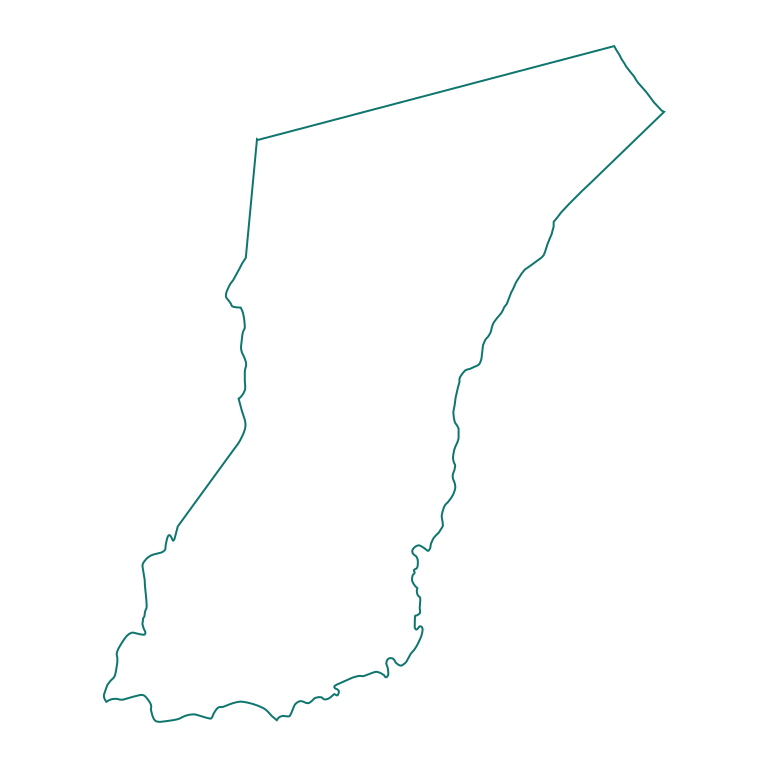 outline of Concepcion del Sur, Santa Bárbara, Honduras
{"feature_id": "27666195B6871668966766", "entity_name": "Concepcion del Sur", "entity_type": "district", "adm_level": 2, "iso_a3": "HND", "parent_name": "Honduras", "parent_adm1": "Santa Bárbara", "projection": "robinson", "projection_center": [-88.156, 14.821], "detail": "fine", "context": "isolated", "style": "outline", "palette": "teal", "viewbox_px": 768, "rotation_deg": 0, "n_neighbors": 0, "source": "geoboundaries", "source_scale": "gbopen_adm2", "svg_char_len": 6115}
<svg xmlns="http://www.w3.org/2000/svg" viewBox="0 0 768 768"><path d="M257.0,139.2L245.8,257.8L242.2,263.3L239.4,268.8L233.2,280.1L230.7,283.3L229.5,285.3L226.9,290.9L226.2,293.3L225.9,295.2L226.0,296.7L226.4,297.8L228.6,300.5L230.6,303.3L231.1,304.2L231.5,305.4L232.1,306.2L233.7,306.9L236.9,307.4L240.7,307.6L242.0,310.3L242.9,312.6L244.1,318.5L244.7,324.5L244.8,327.6L244.6,328.6L243.5,330.6L242.5,333.8L241.1,345.8L241.0,347.3L241.2,349.6L241.8,352.1L242.5,353.7L243.8,356.4L244.8,358.7L245.8,361.8L246.1,363.7L246.1,365.8L245.1,369.4L244.8,371.8L244.8,381.1L245.2,386.1L245.2,388.0L245.1,389.4L244.6,390.8L243.2,393.8L240.9,396.8L239.7,397.9L238.6,398.6L241.8,410.6L244.5,418.8L245.1,421.0L245.4,423.4L245.5,425.4L245.3,427.3L244.8,429.6L243.2,434.1L240.0,440.6L238.1,443.7L234.2,448.9L177.8,526.4L174.5,538.9L173.9,540.0L173.2,540.6L172.8,540.4L171.1,536.9L170.3,535.6L169.4,535.1L168.6,535.4L167.9,536.4L167.1,538.5L165.7,544.9L165.4,548.7L165.1,549.6L164.4,550.6L163.1,551.6L161.4,552.5L153.2,554.6L151.3,555.3L149.6,556.3L147.8,557.5L146.5,558.7L144.6,561.0L143.2,563.0L142.6,564.6L142.5,566.5L144.7,580.0L144.9,585.3L146.3,599.2L146.7,606.1L146.5,608.1L145.5,610.3L145.0,611.8L144.4,616.3L144.0,617.1L143.2,618.2L143.0,618.8L142.9,620.7L142.4,623.9L142.6,624.8L143.6,628.3L145.3,631.9L145.4,632.7L145.3,633.5L144.8,634.4L143.8,634.8L140.3,634.3L133.5,632.7L132.3,632.6L131.2,632.9L129.1,634.0L127.2,635.5L125.4,637.6L123.0,641.0L120.3,645.3L118.7,648.1L117.6,650.4L116.9,652.6L116.7,654.7L117.4,658.1L117.3,662.6L116.0,670.8L115.0,675.4L114.3,676.7L113.5,677.9L110.3,681.0L107.5,684.8L106.0,688.6L103.9,694.9L103.9,696.5L104.3,698.2L105.2,700.1L106.3,701.8L109.2,700.1L111.1,699.4L112.8,699.0L115.8,698.8L117.6,699.0L120.3,699.7L122.4,699.7L123.9,699.4L132.9,696.8L140.1,695.0L142.0,694.9L143.7,695.3L145.1,696.3L146.8,698.1L148.8,700.8L150.1,702.8L150.9,704.7L151.2,706.2L151.2,707.2L150.9,708.9L151.1,710.6L152.2,714.9L153.1,717.4L154.1,719.4L154.9,720.4L156.0,721.2L157.6,721.7L160.0,721.9L164.4,721.4L172.9,720.2L177.4,719.3L179.7,718.5L183.0,716.8L185.4,715.8L189.1,714.8L192.3,714.4L194.5,714.4L196.3,714.7L205.1,717.4L210.0,718.6L210.8,718.6L211.3,718.2L212.1,717.3L213.5,713.9L215.4,710.7L216.9,708.7L218.5,707.4L219.7,707.0L221.6,707.1L223.0,706.9L229.4,704.4L233.1,703.1L237.0,702.1L240.7,701.6L242.8,701.8L246.6,702.4L252.7,703.9L258.2,705.8L262.7,707.8L264.6,708.9L266.5,710.3L267.9,711.7L271.7,715.9L276.8,720.2L277.6,718.9L278.8,717.6L279.7,716.9L281.1,716.4L282.8,715.9L287.7,716.4L288.9,716.4L289.7,716.0L291.2,713.3L294.1,706.1L294.8,704.8L295.5,703.9L296.4,703.1L297.9,702.0L299.3,701.4L300.2,701.1L301.4,701.2L303.3,701.7L306.3,703.0L308.2,703.2L309.4,702.8L311.1,701.6L312.2,700.6L314.5,698.3L316.4,697.6L318.8,697.1L321.1,697.3L322.1,697.6L323.0,698.6L323.6,699.1L324.8,699.4L325.9,699.4L327.8,698.9L329.5,698.0L331.0,696.9L333.1,695.0L334.3,694.1L336.9,695.4L337.5,695.3L338.0,694.7L338.6,693.4L338.8,692.1L338.8,691.0L338.4,690.3L337.3,689.4L336.6,689.0L335.5,688.6L334.8,688.1L334.3,687.0L334.5,686.1L335.3,685.5L336.6,684.7L352.1,677.8L354.8,676.9L358.5,676.0L360.3,675.9L362.5,676.2L363.9,676.0L374.4,672.1L376.2,671.8L378.2,672.1L380.9,673.2L384.1,675.2L384.5,675.7L384.8,676.5L385.3,677.0L385.9,677.3L386.7,677.1L387.4,676.4L388.0,675.4L388.3,674.2L388.3,672.6L387.9,669.0L387.5,667.1L386.5,664.4L386.3,663.5L386.4,662.6L386.7,661.2L387.2,660.0L388.0,659.1L388.9,658.5L389.9,658.1L390.9,658.1L392.1,658.3L393.0,658.7L394.1,659.7L395.4,662.0L396.2,663.0L398.3,664.7L400.3,665.6L401.3,665.6L402.8,664.8L404.5,663.6L405.9,662.3L406.5,661.5L410.5,654.2L411.2,653.2L414.0,650.1L416.2,646.8L417.5,644.5L419.4,640.6L421.4,635.9L422.2,632.8L422.5,630.7L422.6,628.9L422.3,627.9L421.8,627.0L420.9,626.4L420.0,626.3L419.5,626.4L417.3,629.2L416.6,629.5L415.9,629.4L415.4,628.9L415.0,628.1L414.7,627.2L414.9,618.0L415.1,616.0L415.5,615.6L416.9,615.4L418.5,614.4L419.7,613.4L420.1,612.5L420.1,611.3L419.8,609.2L419.7,607.7L420.3,600.1L420.2,598.3L420.0,597.5L419.4,596.7L418.5,596.1L417.9,595.4L417.2,593.7L416.9,592.1L416.8,590.6L416.9,589.8L417.3,588.8L417.3,588.1L416.9,587.6L415.6,586.6L413.7,584.0L412.7,582.2L412.0,580.2L412.1,578.1L412.6,575.5L413.2,574.5L414.4,573.3L414.6,572.8L414.6,572.2L414.0,571.0L414.0,570.2L414.6,569.4L415.7,569.0L416.4,568.5L417.2,567.5L417.6,566.3L417.9,563.0L417.7,559.8L417.1,558.0L416.5,556.9L415.8,556.0L413.9,554.7L412.9,553.5L412.3,551.9L412.3,550.5L413.2,548.7L414.8,547.0L416.9,545.8L418.5,545.3L420.0,545.6L422.0,546.7L424.9,548.6L427.5,550.7L428.0,550.8L428.5,550.7L429.3,549.8L429.9,548.8L430.3,547.8L430.7,544.9L431.1,543.4L433.0,539.1L433.8,537.8L435.8,535.5L438.8,532.6L442.7,526.4L442.9,525.6L442.7,522.7L441.8,517.4L441.7,515.8L442.2,513.0L443.2,509.4L444.1,507.0L445.0,505.2L445.8,504.2L448.0,502.1L451.2,497.8L452.4,495.9L453.2,494.4L454.0,492.4L454.7,490.4L455.2,488.3L455.3,486.4L455.0,484.5L454.4,482.2L453.1,479.1L452.7,477.0L452.7,475.5L452.9,474.2L454.5,469.7L455.2,466.0L455.0,464.7L454.0,462.7L453.4,460.6L453.1,459.2L453.0,457.6L453.4,454.0L454.2,450.0L455.3,446.8L457.4,442.3L458.4,439.1L458.6,437.6L458.6,429.6L458.6,428.7L457.6,426.5L456.8,425.1L455.3,423.1L454.6,421.3L453.8,417.5L453.3,412.2L453.6,410.4L454.6,405.3L455.6,397.7L458.0,387.2L459.4,382.4L459.5,381.3L459.4,379.1L460.0,377.2L462.3,373.7L464.1,371.6L465.4,370.3L466.9,369.6L469.9,368.9L474.4,366.8L476.9,365.8L478.7,364.7L479.9,363.1L480.8,360.9L481.5,358.4L483.0,345.2L484.4,341.9L485.6,339.3L488.0,336.8L490.1,333.4L491.0,331.2L491.6,328.3L492.3,325.9L493.0,324.0L493.9,322.3L496.8,318.3L501.2,313.2L503.1,309.8L504.2,307.2L506.8,303.9L511.3,292.2L512.3,290.5L514.2,286.5L515.8,282.8L517.4,280.0L518.0,279.3L521.6,273.6L524.9,269.5L530.6,265.6L541.6,257.5L543.6,255.3L544.9,252.3L547.6,243.8L551.9,233.4L552.4,231.0L553.6,226.9L553.7,221.8L557.2,217.6L560.9,212.7L569.4,203.6L581.8,191.2L590.8,182.7L664.1,111.8L662.7,111.2L661.6,110.5L653.8,102.2L650.3,97.4L646.2,92.0L638.0,82.7L636.1,80.0L634.2,76.6L630.0,71.5L626.1,66.5L624.6,63.7L621.6,59.2L619.5,55.0L616.4,50.1L614.2,46.1L258.0,139.9L257.0,139.2Z" fill="none" stroke="#0f766e" stroke-width="2"/></svg>